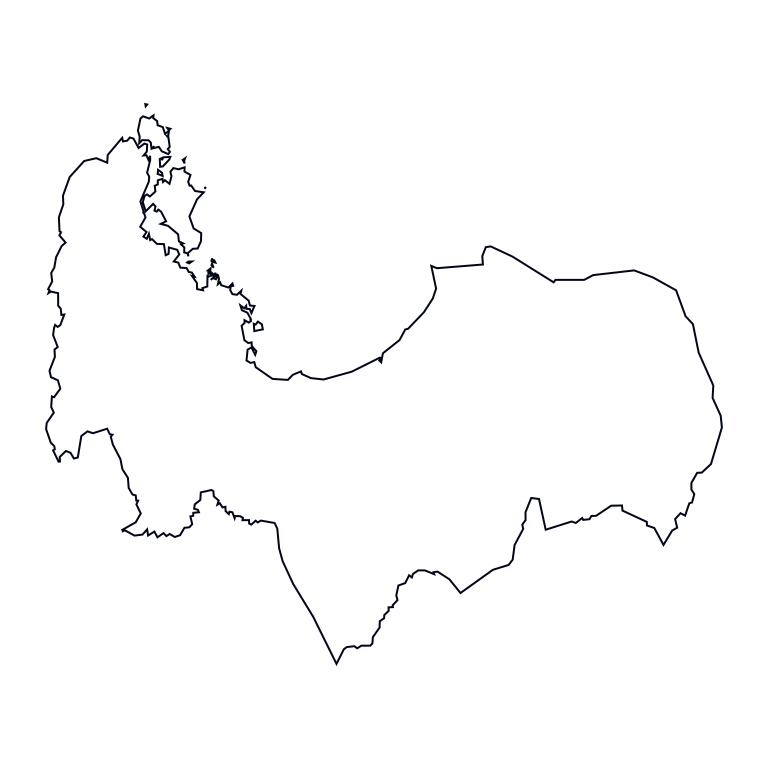 the district of Pangasinan, Dagupan, Philippines
{"feature_id": "2640588B43628149657030", "entity_name": "Pangasinan", "entity_type": "district", "adm_level": 2, "iso_a3": "PHL", "parent_name": "Philippines", "parent_adm1": "Dagupan", "projection": "natural_earth1", "projection_center": [119.981, 16.031], "detail": "fine", "context": "isolated", "style": "outline", "palette": "ink", "viewbox_px": 768, "rotation_deg": 0, "n_neighbors": 0, "source": "geoboundaries", "source_scale": "gbopen_adm2", "svg_char_len": 6077}
<svg xmlns="http://www.w3.org/2000/svg" viewBox="0 0 768 768"><path d="M485.8,247.2L482.3,256.1L482.9,264.5L436.9,268.2L431.3,265.9L436.1,288.6L432.8,298.5L424.0,312.1L408.1,328.8L405.2,329.5L399.6,340.0L382.9,353.3L381.2,362.3L379.3,360.5L381.3,358.3L379.9,357.6L351.7,371.7L323.5,379.5L310.9,378.1L301.8,374.0L301.0,371.4L292.8,374.8L287.9,379.9L272.5,378.9L255.7,367.2L254.3,362.1L250.5,362.9L246.5,360.5L247.6,349.6L251.5,347.5L255.2,354.8L256.4,351.2L251.8,346.1L251.6,342.4L248.2,343.0L244.4,340.2L241.6,325.7L244.6,323.0L244.5,320.2L248.8,322.6L251.0,321.0L250.2,319.1L251.3,320.0L247.4,312.7L241.9,310.2L240.4,305.4L244.2,308.3L246.2,305.8L246.4,308.8L249.8,309.1L251.4,313.1L254.5,306.0L249.9,305.5L248.7,300.7L240.5,293.9L241.3,290.7L236.9,294.8L232.4,294.1L230.2,290.1L230.7,286.4L233.2,285.8L232.4,283.5L228.4,287.5L221.2,285.2L220.1,282.3L217.9,284.2L219.0,278.9L218.0,275.1L216.6,274.2L217.7,275.8L216.0,279.2L212.8,278.1L210.7,279.9L215.0,276.1L215.6,276.5L215.5,272.7L213.8,276.8L213.0,275.0L208.2,276.8L207.5,274.6L207.3,286.5L202.4,288.1L203.1,290.3L197.1,289.1L196.9,282.9L192.0,276.0L194.6,276.7L191.9,272.6L188.7,271.9L186.6,268.0L180.4,267.7L178.3,262.6L173.8,261.5L179.3,254.4L177.2,249.8L168.9,247.5L168.6,253.9L165.7,255.2L163.9,244.1L156.9,243.9L152.0,239.1L150.2,240.1L148.9,233.8L146.8,238.8L143.4,236.6L146.5,232.0L140.2,226.8L145.5,217.4L143.9,212.7L142.6,213.3L143.8,212.5L140.4,201.4L148.8,181.7L149.2,176.6L147.1,172.7L150.2,160.1L150.1,155.8L148.4,159.8L146.4,155.2L143.6,155.5L146.8,151.6L147.2,144.5L144.4,143.6L138.6,148.0L133.5,138.6L129.8,137.5L127.2,140.7L123.0,141.4L122.2,137.8L107.7,155.0L107.2,162.7L96.3,158.2L84.2,161.0L69.7,177.0L63.0,195.6L63.3,204.4L58.9,217.3L59.5,231.1L61.0,232.2L59.4,235.4L65.6,242.6L61.7,246.0L56.1,257.2L54.3,267.6L51.2,273.0L52.2,281.4L48.1,289.2L49.5,290.2L48.5,293.1L50.8,291.6L58.1,293.1L58.2,305.8L60.7,308.6L61.4,315.0L64.3,314.5L60.3,325.1L57.7,326.9L55.1,324.9L54.0,328.2L53.1,335.1L57.7,347.0L54.5,349.6L54.9,356.9L49.5,370.7L51.0,377.2L57.9,380.3L60.3,388.7L54.1,397.2L51.9,396.4L51.2,407.0L53.8,412.6L46.7,423.0L46.1,429.1L50.8,442.7L54.3,446.2L54.8,449.2L53.1,450.4L58.6,461.7L60.0,461.5L59.7,457.0L65.9,451.0L70.5,452.8L73.9,458.5L77.8,457.5L81.3,436.1L87.4,431.4L93.1,433.2L107.2,428.7L109.8,434.2L112.4,434.7L110.8,436.8L112.9,444.7L120.4,459.0L122.4,469.2L127.9,477.8L128.7,488.0L132.5,494.5L135.7,495.4L136.3,500.6L138.1,500.7L136.4,504.4L140.8,513.5L135.7,522.3L122.3,529.9L122.9,531.3L124.7,530.2L134.5,535.6L142.5,534.6L147.1,529.4L148.1,535.5L154.4,531.6L157.5,537.3L163.5,533.1L166.4,536.1L169.7,534.0L174.8,537.0L180.1,535.2L184.4,527.8L189.3,527.3L192.2,524.2L190.4,516.4L193.2,515.8L193.3,512.8L198.9,512.3L197.9,509.8L194.1,508.7L194.8,504.3L200.3,500.0L200.8,492.4L211.5,490.0L213.4,491.2L213.8,496.3L218.6,500.5L217.4,504.7L219.8,503.2L222.5,507.4L225.4,506.8L225.6,511.1L228.8,514.1L229.5,511.7L232.4,512.3L234.6,518.2L235.1,516.0L240.2,516.2L242.9,517.8L242.5,520.2L249.0,520.1L249.2,523.6L251.3,524.6L255.6,520.7L257.7,522.4L261.0,520.6L274.6,523.0L277.3,528.6L279.1,548.2L282.6,561.1L293.2,584.0L313.2,616.8L336.5,663.9L343.8,649.3L346.7,647.1L354.3,646.2L357.2,648.3L361.3,645.7L370.2,645.7L372.4,643.5L372.9,637.1L379.6,627.5L379.8,621.2L384.1,618.2L384.3,615.0L388.7,610.8L388.6,607.3L393.0,607.1L392.7,605.2L397.5,600.1L396.3,595.4L398.4,585.5L405.2,583.1L409.1,575.3L411.9,577.4L413.0,573.9L418.2,570.4L424.9,570.4L434.2,574.2L433.5,572.2L437.5,571.6L449.4,579.3L460.5,593.0L492.9,569.8L508.7,564.9L512.7,559.6L514.6,545.0L523.2,528.9L522.3,524.7L525.6,520.0L525.5,512.3L531.2,498.0L539.0,499.0L545.7,529.7L571.7,521.5L575.8,523.0L582.2,518.0L583.2,519.9L589.5,519.2L591.4,516.0L596.1,515.8L611.2,505.7L622.0,505.5L622.5,510.6L646.8,521.9L647.0,525.5L654.3,528.0L663.5,544.9L672.2,530.5L677.2,527.7L675.1,519.1L680.5,513.2L685.1,515.6L689.3,503.3L692.0,502.5L694.3,494.1L691.4,489.5L691.4,482.9L697.2,472.8L701.8,472.6L711.0,464.0L721.9,427.5L720.7,415.7L712.6,397.9L713.3,385.5L698.7,352.7L692.9,324.1L685.6,316.3L676.1,290.3L652.9,277.4L634.2,270.4L593.2,275.1L584.1,279.9L555.4,279.9L553.6,282.3L512.5,256.6L490.7,246.4L485.8,247.2ZM184.6,167.3L178.7,169.3L173.3,168.1L170.4,171.8L171.5,176.2L169.5,183.8L164.9,180.2L163.1,182.0L162.5,178.9L157.8,180.3L157.8,184.4L154.7,185.8L155.4,191.5L149.9,196.5L147.1,194.4L144.6,195.9L142.8,202.1L145.7,211.3L153.1,203.9L155.5,206.4L154.5,210.6L156.7,211.6L158.3,209.6L161.1,211.7L166.1,221.3L160.8,223.9L168.0,225.8L178.1,234.3L178.9,241.4L183.2,243.4L180.9,244.2L184.3,247.5L184.2,252.4L187.5,253.3L188.4,256.3L187.9,253.1L192.8,248.8L197.7,248.5L201.0,241.1L201.2,233.1L193.6,228.4L189.4,216.4L197.0,199.4L203.7,192.3L195.0,191.0L191.2,185.5L189.6,185.8L188.2,181.8L190.5,174.9L184.5,171.6L184.6,167.3ZM153.5,115.4L149.2,118.5L143.1,116.3L140.5,118.4L137.9,130.6L139.7,136.7L139.2,143.3L142.2,140.1L148.6,140.3L150.8,142.6L151.5,148.6L154.2,146.3L153.3,148.2L158.8,146.9L161.8,151.3L168.3,154.1L169.9,151.9L167.8,149.0L169.7,146.9L168.3,136.5L167.5,136.7L166.8,135.8L168.2,136.1L168.9,131.0L165.0,133.7L162.8,127.1L157.6,125.2L157.2,121.1L153.2,118.1L153.5,115.4ZM170.3,156.9L163.3,157.3L162.0,160.2L161.9,158.0L159.8,159.0L160.1,166.8L162.9,166.4L169.3,159.5L170.3,156.9ZM257.9,321.6L255.6,324.6L253.8,323.8L254.3,331.1L262.8,329.4L261.9,324.3L257.9,321.6ZM158.1,169.8L157.6,173.9L162.6,175.9L162.0,172.8L158.1,169.8ZM210.5,268.5L207.7,270.7L210.2,271.5L210.5,268.5ZM170.4,128.8L167.3,128.0L168.8,130.2L170.4,128.8ZM191.9,261.5L188.3,261.6L187.1,262.5L189.1,263.4L191.9,261.5ZM185.1,158.3L182.7,159.9L184.7,163.4L184.1,160.9L185.1,158.3ZM211.5,272.6L211.1,274.1L213.6,274.4L211.5,272.6ZM147.1,104.5L145.3,104.1L145.7,106.3L147.1,104.5ZM213.7,267.7L212.0,263.8L211.5,265.2L213.7,267.7ZM210.6,273.4L207.7,272.4L209.1,273.7L210.6,273.4ZM141.7,204.7L141.9,202.1L141.7,204.7ZM214.9,261.5L212.8,262.0L215.4,262.6L214.9,261.5ZM211.8,262.1L212.2,258.2L211.5,260.7L211.8,262.1ZM205.0,187.8L204.9,188.8L205.8,187.0L205.0,187.8ZM215.0,260.5L212.9,260.0L212.7,260.3L215.0,260.5Z" fill="none" stroke="#020617" stroke-width="2"/></svg>